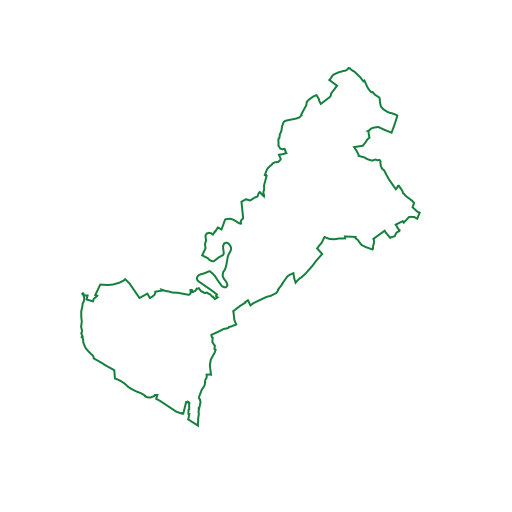 Ogra, Mures, Romania, rotated 239°
{"feature_id": "2599482B93803341690791", "entity_name": "Ogra", "entity_type": "district", "adm_level": 2, "iso_a3": "ROU", "parent_name": "Romania", "parent_adm1": "Mures", "projection": "natural_earth1", "projection_center": [24.323, 46.44], "detail": "fine", "context": "isolated", "style": "outline", "palette": "green", "viewbox_px": 512, "rotation_deg": 239, "n_neighbors": 0, "source": "geoboundaries", "source_scale": "gbopen_adm2", "svg_char_len": 6106}
<svg xmlns="http://www.w3.org/2000/svg" viewBox="0 0 512 512"><g transform="rotate(239 256 256)"><path d="M311.8,442.9L316.4,440.6L317.8,440.5L319.8,440.0L324.0,441.5L326.9,443.0L328.3,443.3L332.8,441.1L336.6,440.3L336.9,439.2L339.6,438.6L343.3,438.4L350.5,439.3L350.4,438.0L355.6,437.4L361.2,435.9L363.9,435.1L364.7,434.4L367.6,433.2L368.6,433.1L369.5,432.2L369.2,431.6L368.7,429.3L368.8,428.1L369.8,425.8L370.0,424.3L370.8,422.0L371.5,416.3L371.3,414.5L369.4,410.8L369.1,409.5L360.2,413.2L356.9,404.8L356.4,403.9L355.1,402.8L354.4,401.8L354.2,400.8L353.0,389.9L356.6,390.1L357.7,390.7L362.7,390.7L363.2,387.4L362.8,381.8L361.9,378.8L359.8,377.2L358.5,375.5L357.7,373.9L354.5,368.6L353.7,367.5L353.2,367.5L352.6,365.5L352.5,364.2L353.1,361.3L356.1,352.9L356.8,350.4L356.6,348.7L353.6,345.0L350.6,342.6L349.2,340.9L348.1,339.2L345.2,336.9L345.1,336.1L344.7,335.5L344.4,335.5L343.6,334.7L340.5,333.1L339.2,332.1L335.7,332.1L333.6,333.9L333.4,335.0L333.1,335.7L331.5,335.5L331.1,335.2L328.5,335.0L329.7,330.9L331.0,327.8L326.5,327.2L325.9,326.6L325.1,323.3L326.5,320.8L326.8,317.7L326.1,316.6L325.9,314.3L325.2,311.5L324.4,309.8L320.8,305.2L320.0,305.8L319.9,306.5L319.5,306.6L312.2,299.1L309.4,297.6L308.4,296.9L307.2,295.4L306.2,294.8L304.0,294.2L303.0,293.5L305.0,292.9L308.9,292.2L308.8,291.6L308.0,290.0L306.2,287.9L306.8,285.0L306.6,280.6L306.8,279.2L308.4,278.1L309.2,276.9L309.8,276.7L310.0,271.5L294.9,264.4L294.4,262.3L293.9,261.2L293.0,260.4L291.5,260.0L291.5,259.6L292.7,258.4L298.4,255.5L299.5,254.7L301.4,252.8L303.2,248.7L302.6,247.6L296.5,240.1L300.1,238.0L298.0,233.8L298.3,233.6L296.6,230.1L298.5,229.3L300.2,227.5L300.4,226.0L300.7,225.6L299.7,223.4L298.6,222.7L294.6,221.0L293.9,219.7L291.8,218.0L288.7,216.8L284.3,210.2L279.0,213.5L276.9,214.0L274.7,215.2L273.8,216.2L273.3,217.4L274.0,223.5L273.8,228.2L274.9,229.8L279.5,231.8L281.6,233.0L283.0,234.9L283.2,235.7L282.6,237.6L281.7,238.4L280.0,239.0L277.8,239.2L275.8,238.8L274.8,238.2L273.5,236.9L271.6,233.6L270.0,231.5L262.5,225.0L260.2,222.1L259.3,219.8L257.1,217.8L255.3,216.9L252.8,216.8L248.9,217.2L247.6,217.0L245.8,216.5L245.3,216.0L244.7,214.5L244.7,214.0L245.6,212.7L247.2,211.5L248.0,211.2L255.4,210.6L260.0,210.5L263.6,209.7L266.8,208.5L267.0,208.1L267.9,202.1L268.8,199.2L269.0,197.7L269.0,196.8L268.8,195.9L268.0,194.4L266.5,193.5L264.8,193.3L247.8,200.9L243.1,202.7L242.4,201.2L241.4,201.2L240.3,201.8L240.3,200.0L240.3,198.5L243.3,198.2L243.7,197.5L246.5,197.0L248.7,195.5L249.5,195.5L250.1,194.8L250.1,194.2L250.4,193.4L250.8,193.2L251.3,192.4L252.5,192.0L253.0,191.4L253.9,191.2L254.4,190.7L257.9,190.4L258.0,189.1L258.6,188.4L257.3,185.9L257.7,184.6L257.6,183.4L257.9,182.8L259.8,183.6L260.1,183.4L260.6,182.3L258.3,181.1L257.6,180.4L257.4,180.1L257.3,178.4L264.8,170.0L267.6,165.7L271.4,162.1L271.7,161.3L275.7,157.8L274.7,157.8L277.3,151.3L276.0,150.4L275.1,149.1L274.6,146.5L274.6,143.4L279.7,143.5L280.0,134.5L297.8,133.4L303.5,131.9L303.1,130.1L303.5,124.9L305.3,118.4L307.5,114.0L311.7,107.8L305.3,98.1L303.8,99.5L303.5,99.0L302.9,95.2L302.5,94.4L301.1,92.9L306.0,88.4L308.9,91.3L309.8,89.7L311.1,88.3L312.8,88.7L313.2,88.5L313.0,87.6L311.9,87.9L309.7,87.6L308.4,87.1L306.5,85.7L305.2,84.2L304.5,82.8L302.2,81.2L298.6,77.7L293.9,74.9L289.5,72.9L285.4,69.6L281.3,68.3L280.6,67.7L279.9,66.5L276.4,65.9L276.4,65.0L276.2,64.7L275.2,65.2L274.6,65.2L270.4,63.3L265.7,62.6L263.6,62.7L259.9,63.4L254.4,64.9L252.4,64.6L251.8,64.2L242.0,69.7L240.8,70.1L231.1,75.7L223.7,72.0L222.0,73.4L218.3,75.8L214.2,77.7L209.0,79.3L205.4,81.2L201.5,83.7L197.1,87.1L193.4,89.0L193.1,88.7L192.2,89.0L190.8,90.1L189.1,92.5L188.3,97.0L188.9,97.8L187.7,99.9L185.0,96.9L181.1,99.2L163.6,107.5L159.1,111.2L159.5,111.7L158.4,112.5L166.8,120.9L165.6,122.1L166.1,122.6L164.6,123.3L163.6,122.5L159.1,119.8L158.8,118.9L156.9,117.6L155.4,116.7L154.8,117.4L152.2,115.1L150.9,113.7L140.5,118.9L142.8,120.2L144.8,121.8L146.0,122.3L149.3,125.1L151.5,126.4L152.5,126.7L153.6,127.9L155.2,128.5L155.3,128.7L154.9,129.1L159.3,133.1L159.9,133.5L161.3,133.7L161.7,134.1L163.5,133.9L164.9,135.0L169.5,140.9L171.1,144.5L171.8,145.5L174.0,147.4L175.5,148.3L176.4,149.5L177.0,150.8L178.2,151.8L179.8,152.6L178.4,155.0L177.4,156.3L185.8,160.0L189.9,163.3L191.1,164.9L194.4,170.7L196.4,173.1L197.7,172.5L200.4,174.6L201.6,174.3L205.0,174.4L208.2,176.8L209.2,176.3L211.4,177.1L210.5,184.8L210.1,191.0L209.4,192.4L208.7,194.7L208.6,195.4L209.1,196.3L208.2,198.9L208.2,200.2L207.5,202.9L207.5,203.8L211.2,204.3L213.0,204.8L218.6,207.4L220.4,208.0L221.4,216.4L221.5,222.6L222.0,222.7L222.2,226.3L216.5,225.8L216.9,229.5L216.5,234.1L215.5,244.2L214.3,247.9L213.8,254.3L214.3,255.7L215.6,257.8L215.9,257.7L218.1,263.4L218.6,264.4L218.8,264.3L222.4,272.5L222.5,275.3L222.0,279.2L217.0,277.2L212.7,276.2L213.7,279.1L214.3,282.0L214.3,283.7L215.3,289.1L218.5,299.2L221.1,305.6L223.6,313.8L231.0,312.3L231.4,313.6L231.9,314.3L233.5,319.1L237.0,324.5L233.3,327.3L231.8,329.1L229.9,332.0L228.2,336.3L225.2,341.4L226.1,342.2L226.9,342.4L221.0,351.2L220.1,350.5L217.3,351.5L211.2,352.1L207.0,354.8L201.6,359.2L201.7,359.7L204.5,361.7L206.1,363.6L209.1,365.4L210.2,365.4L211.4,379.3L209.3,379.3L202.4,380.4L202.5,381.4L201.6,384.7L201.8,385.6L203.2,387.4L203.7,389.1L203.6,390.3L203.8,390.7L203.5,391.6L203.8,392.1L204.2,392.4L205.2,391.9L206.0,392.0L207.5,391.8L210.2,392.0L210.9,391.9L210.3,399.7L208.5,399.8L210.6,407.3L210.1,408.4L207.9,411.7L204.9,413.4L208.8,418.6L211.0,417.1L217.1,415.3L220.2,418.9L223.2,418.2L230.5,415.2L233.0,414.9L233.8,414.4L236.5,415.0L242.7,414.6L243.0,413.7L241.9,412.2L241.2,410.2L253.5,409.4L263.4,409.9L266.0,409.0L269.4,409.5L269.9,409.9L271.5,410.4L272.6,411.3L274.1,411.5L274.7,411.3L275.5,409.5L277.1,408.0L277.6,406.8L277.6,405.4L278.0,404.7L280.0,402.7L282.3,400.9L284.7,399.7L289.0,395.5L289.6,396.0L294.1,396.4L298.8,396.2L295.5,404.3L296.8,407.9L298.6,411.7L299.0,414.2L302.7,415.5L305.1,416.8L305.5,416.4L305.4,417.9L305.8,419.3L305.8,421.1L305.3,423.5L304.8,424.3L303.7,427.2L297.4,431.5L291.9,435.7L296.9,442.0L303.4,449.4L304.5,449.1L308.5,445.9L309.8,444.4L311.8,442.9Z" fill="none" stroke="#15803d" stroke-width="2"/></g></svg>